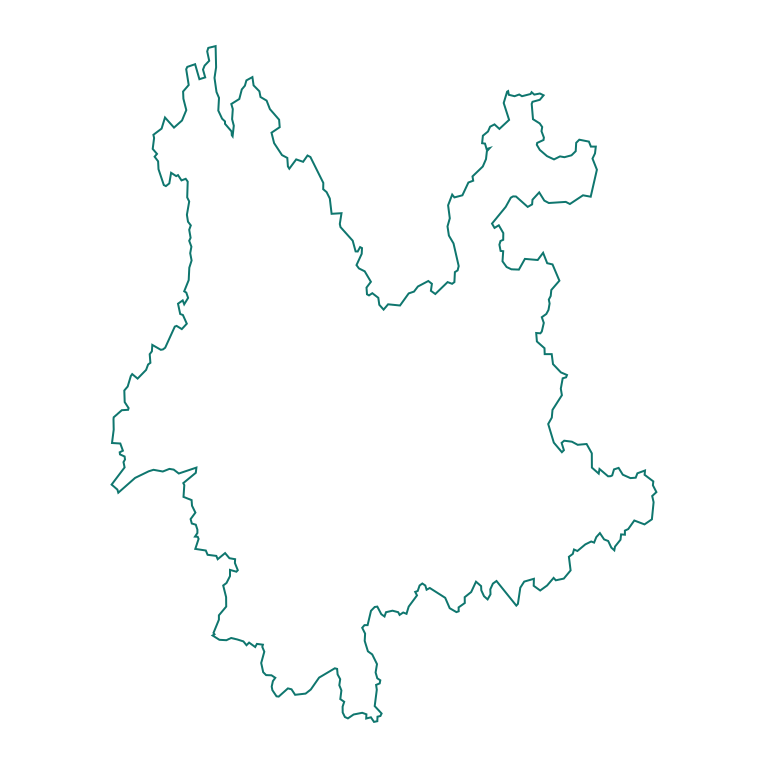 an SVG outline of Yunnan
{"feature_id": "CHN-1810", "entity_name": "Yunnan", "entity_type": "Province", "adm_level": 1, "iso_a3": "CHN", "parent_name": "China", "parent_adm1": "", "projection": "equal_earth", "projection_center": [102.236, 25.179], "detail": "fine", "context": "isolated", "style": "outline", "palette": "teal", "viewbox_px": 768, "rotation_deg": 0, "n_neighbors": 0, "source": "natural_earth", "source_scale": "10m", "svg_char_len": 6089}
<svg xmlns="http://www.w3.org/2000/svg" viewBox="0 0 768 768"><path d="M384.5,616.5L381.3,614.2L377.3,606.6L374.7,607.0L371.0,610.8L367.6,625.1L364.5,625.1L362.2,627.8L365.1,633.6L364.7,640.9L367.9,651.3L372.2,654.4L377.0,664.1L375.6,672.5L377.3,678.3L380.3,680.3L379.7,683.4L376.1,684.9L376.8,689.7L374.7,706.1L381.6,713.5L380.4,716.0L377.5,716.7L377.3,721.2L374.0,721.9L370.9,717.3L366.2,718.5L366.4,714.3L362.2,712.8L353.6,714.5L347.9,718.4L344.9,717.0L342.7,712.5L342.6,706.7L344.2,701.8L340.3,699.1L341.4,690.4L339.3,685.2L340.2,679.2L337.6,674.4L337.1,668.9L334.8,668.3L319.1,677.6L310.8,689.5L305.6,693.6L295.1,694.8L291.5,689.3L287.9,688.4L278.7,696.6L276.5,696.3L272.4,690.2L271.7,686.6L272.9,681.1L275.3,677.8L271.5,675.3L266.1,675.1L263.2,672.2L261.2,663.0L264.3,651.7L262.3,646.9L262.9,644.7L256.9,643.9L255.2,647.0L249.1,642.6L246.5,645.2L243.4,641.4L237.4,639.5L231.1,638.0L226.4,640.2L219.4,639.8L212.6,635.5L214.5,634.3L213.5,632.9L218.9,619.7L218.9,615.3L226.2,606.6L226.1,597.1L223.2,585.5L226.5,583.0L230.0,576.1L230.0,569.9L236.4,571.7L237.8,570.2L234.9,563.0L235.1,559.2L229.4,558.2L225.1,553.1L217.7,559.2L216.3,555.9L207.6,554.8L205.8,550.5L195.3,548.9L198.6,538.9L197.7,536.8L195.0,536.6L197.4,533.0L197.4,529.7L195.8,524.7L191.8,523.5L190.6,519.1L195.4,512.6L192.0,505.7L191.6,500.1L183.5,496.9L184.3,485.1L183.3,483.1L195.8,472.8L196.4,467.6L178.8,473.5L173.7,469.6L169.4,468.9L162.8,471.5L153.5,469.8L148.7,471.3L135.1,477.9L118.3,492.7L117.4,489.6L111.6,484.6L124.6,467.4L123.5,462.1L125.0,459.5L124.6,456.5L120.0,454.4L119.7,452.3L122.9,450.7L120.3,443.5L112.0,443.0L113.7,429.7L113.5,419.1L113.7,417.3L121.8,410.2L128.1,409.8L128.6,408.1L124.7,402.1L124.3,390.5L127.7,386.5L130.8,376.1L132.2,374.1L137.6,378.6L146.1,369.9L148.1,364.5L150.4,362.8L149.7,354.2L151.9,351.3L152.3,344.9L160.8,349.8L163.0,349.4L165.2,347.7L174.8,326.6L176.6,325.9L181.8,329.1L186.8,323.7L182.9,315.0L180.2,314.0L178.0,303.7L182.7,300.4L184.2,304.3L188.1,297.9L186.3,292.6L184.2,291.3L188.7,280.1L189.3,267.7L191.6,260.5L190.2,253.2L191.4,246.7L189.2,240.8L190.6,237.8L189.2,229.8L190.8,225.4L188.0,221.7L186.9,214.8L189.2,201.5L187.2,197.4L187.7,181.6L185.7,178.8L181.5,180.4L178.0,175.1L176.2,176.1L171.1,172.8L169.3,183.4L165.9,186.1L163.8,185.0L158.5,169.2L158.1,161.3L154.6,156.7L157.0,153.9L152.7,148.9L154.1,138.0L153.4,134.8L161.6,128.6L165.0,117.5L174.0,127.6L182.0,120.5L186.3,110.1L183.4,98.7L183.1,91.5L188.7,85.0L186.2,69.2L187.3,66.9L195.1,64.2L199.4,79.2L205.2,77.4L203.0,69.6L204.6,65.6L209.2,60.8L207.2,51.4L208.3,47.9L215.6,46.1L216.1,67.3L214.5,77.9L216.5,92.0L219.0,97.9L218.3,110.6L222.1,118.7L225.0,121.4L225.0,123.8L231.6,131.5L231.8,135.2L232.6,136.3L233.8,125.7L232.1,119.2L232.8,109.1L231.3,104.0L239.3,99.0L241.8,89.4L244.9,85.7L246.4,80.4L252.4,77.1L253.6,85.4L259.4,91.3L260.5,97.0L266.6,100.6L269.9,109.1L279.1,119.7L279.7,127.2L271.5,132.7L274.1,143.1L282.0,155.1L287.3,157.9L287.9,166.4L289.3,168.7L296.2,159.4L303.1,161.8L307.5,155.5L310.4,157.0L323.3,182.9L323.2,189.2L326.6,192.1L329.8,198.5L331.6,213.8L341.5,213.2L339.8,224.0L340.5,227.1L352.7,240.7L355.6,251.4L357.7,251.5L360.1,247.1L362.0,248.1L361.7,253.8L356.5,265.1L358.9,268.4L364.7,271.3L370.9,281.8L366.5,287.6L367.0,294.3L369.0,295.4L372.3,293.2L378.3,297.8L379.3,304.8L383.6,309.6L388.1,304.3L400.0,305.5L408.7,293.4L414.0,291.6L417.9,286.5L428.3,281.0L431.9,283.8L430.9,290.8L435.3,294.0L447.6,282.1L452.1,283.8L454.4,282.1L454.9,272.1L457.6,270.4L458.7,266.1L453.5,243.4L448.9,235.6L447.5,226.4L449.8,218.3L448.1,205.3L452.2,194.6L454.4,197.4L462.4,195.3L468.4,182.5L473.2,180.7L472.5,176.4L482.8,166.5L486.0,159.1L486.9,151.2L489.7,148.1L486.6,149.1L485.0,143.6L482.1,143.2L482.9,135.7L488.0,131.5L490.1,126.7L494.5,124.4L499.4,128.9L509.1,119.9L503.7,103.0L507.1,91.7L508.1,91.1L508.8,94.8L514.6,96.2L519.2,94.5L522.0,96.2L530.6,94.0L531.6,92.2L534.3,94.6L539.9,93.5L543.6,95.3L539.8,99.8L532.5,101.8L531.7,103.9L533.0,119.2L539.7,123.4L542.2,127.0L541.5,131.2L543.9,137.6L543.5,140.0L537.2,142.9L536.8,144.8L539.8,149.9L547.0,156.1L554.0,159.4L560.0,156.4L564.4,157.2L571.5,155.3L575.7,151.2L576.2,142.8L579.3,139.7L588.9,141.6L590.9,146.6L595.8,146.6L595.0,153.4L592.5,158.6L596.9,169.7L590.7,196.7L583.0,195.3L569.9,204.0L565.8,201.9L548.8,203.0L544.3,200.6L539.2,192.4L532.5,199.7L532.1,204.4L527.7,206.9L516.0,196.5L513.1,196.4L510.8,197.7L505.7,206.9L492.0,223.6L494.5,227.9L498.8,225.3L503.3,233.1L503.2,239.8L500.5,241.0L499.4,244.7L500.6,250.9L503.2,251.2L502.5,261.3L506.6,267.0L511.4,269.3L518.9,269.6L524.9,258.9L537.7,260.0L543.1,252.8L547.2,263.2L552.5,264.4L559.4,280.7L551.3,290.0L550.7,296.0L548.8,299.6L549.6,303.5L548.5,309.9L546.3,314.0L541.8,317.2L543.8,322.9L541.8,331.5L540.4,333.3L536.2,333.0L536.9,341.5L544.5,348.2L544.7,354.1L551.7,354.1L553.0,364.1L560.9,372.4L567.0,375.0L566.1,377.3L562.7,378.3L560.8,388.7L561.9,395.2L552.5,409.9L551.8,417.6L548.2,424.0L553.8,442.6L561.9,452.2L563.9,450.2L561.6,442.9L564.2,440.7L571.9,441.7L577.7,444.8L586.6,444.0L591.8,453.3L591.9,467.6L598.7,473.6L599.5,469.0L608.1,476.3L610.6,476.2L612.2,475.4L614.0,469.4L618.6,467.9L622.8,474.7L630.4,478.1L635.7,477.7L637.4,473.3L645.0,470.5L644.6,474.8L653.3,481.4L652.9,485.3L656.4,492.1L652.2,496.0L653.6,502.2L651.9,519.3L644.5,524.4L634.3,520.5L628.2,529.1L624.9,530.6L624.9,534.7L621.1,534.4L620.5,539.7L615.0,546.6L614.3,550.3L611.3,547.6L608.2,541.0L604.1,539.4L599.9,533.1L596.3,537.1L594.1,542.6L591.2,541.5L585.3,544.4L577.4,551.0L574.0,549.5L572.8,553.9L568.9,556.8L570.6,570.4L563.8,578.6L555.8,580.3L553.6,577.9L547.1,585.5L540.2,590.5L533.7,585.8L533.9,578.8L524.2,581.6L520.3,587.7L517.9,603.9L516.3,605.6L496.5,581.0L492.9,583.6L490.3,589.3L490.5,594.3L487.6,599.4L484.0,596.2L481.3,590.3L481.1,586.1L476.0,581.7L471.2,592.0L464.7,597.2L464.8,603.0L458.6,607.4L458.7,611.3L456.4,612.1L449.7,608.2L445.2,597.8L429.8,588.0L426.6,589.7L425.3,585.5L422.3,583.5L419.6,585.5L417.7,591.0L415.2,591.9L417.0,595.4L408.7,606.6L406.5,613.8L403.2,612.5L399.6,614.9L398.2,612.2L392.5,610.7L386.0,612.2L384.5,616.5Z" fill="none" stroke="#0f766e" stroke-width="2"/></svg>